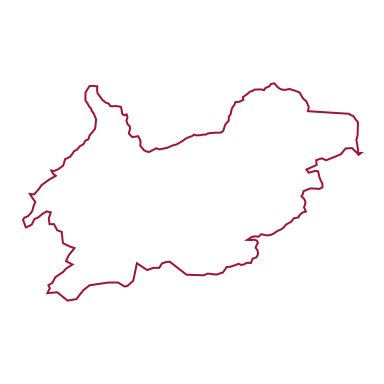 Iguaracy, Pernambuco, Brazil (Albers equal-area conic projection)
{"feature_id": "56859067B60257511130635", "entity_name": "Iguaracy", "entity_type": "district", "adm_level": 2, "iso_a3": "BRA", "parent_name": "Brazil", "parent_adm1": "Pernambuco", "projection": "albers", "projection_center": [-37.408, -7.849], "detail": "fine", "context": "isolated", "style": "outline", "palette": "rose", "viewbox_px": 384, "rotation_deg": 0, "n_neighbors": 0, "source": "geoboundaries", "source_scale": "gbopen_adm2", "svg_char_len": 3090}
<svg xmlns="http://www.w3.org/2000/svg" viewBox="0 0 384 384"><path d="M357.2,153.1L358.2,150.5L356.4,139.8L357.6,135.2L358.0,122.4L355.0,118.5L353.2,115.9L350.9,115.2L349.1,113.8L307.9,111.2L308.8,107.0L306.4,101.5L303.0,98.4L299.5,92.4L295.2,90.8L289.5,89.0L284.9,89.9L281.5,89.5L279.3,88.4L277.2,86.7L274.5,83.4L271.0,84.0L269.4,86.3L265.4,88.0L264.0,90.1L260.9,89.4L254.4,89.6L252.5,91.0L250.1,91.5L247.2,94.1L242.9,97.1L243.3,99.8L239.3,101.8L235.4,102.1L234.2,105.2L232.7,106.9L231.5,109.7L231.1,111.9L230.5,114.4L228.8,116.7L228.7,120.7L225.5,124.2L224.3,127.5L223.3,130.8L220.7,132.7L214.7,132.7L208.4,133.3L205.6,134.6L202.9,134.6L200.6,135.2L196.4,135.4L194.1,134.6L191.7,136.3L188.8,137.2L185.9,138.5L182.7,140.9L178.9,143.1L176.4,144.5L173.8,145.0L167.2,147.8L159.6,149.4L156.3,148.3L149.4,151.9L146.7,151.6L144.1,150.3L140.2,145.5L140.6,141.8L139.5,138.7L138.2,136.2L132.3,137.1L128.8,133.5L130.0,129.0L129.8,126.3L127.6,124.2L126.4,120.8L127.5,117.3L126.6,114.4L124.1,115.3L122.3,114.0L121.6,109.9L120.9,106.9L116.5,106.0L113.0,106.3L110.4,106.1L108.6,103.6L105.6,102.5L102.2,99.7L100.7,97.5L97.5,93.2L97.1,89.9L97.3,86.4L92.7,85.8L89.4,86.2L85.6,92.3L85.4,97.3L85.5,100.7L87.4,103.2L89.0,106.3L91.4,109.1L91.9,111.3L93.6,113.2L96.1,119.3L95.7,123.5L95.4,126.7L94.9,129.0L89.5,135.6L88.4,139.3L85.4,140.6L83.2,144.5L80.2,145.9L78.4,148.0L76.9,149.7L74.0,151.2L72.4,153.9L69.9,156.9L65.1,159.2L63.2,165.6L58.3,169.2L54.2,171.0L51.4,170.5L52.9,173.6L55.8,175.8L48.9,179.8L41.5,185.2L40.3,187.0L37.9,190.2L34.1,194.4L29.9,193.9L32.8,198.5L35.3,201.9L33.4,206.7L32.4,210.6L31.1,212.8L28.2,216.0L24.3,217.8L23.0,219.7L25.8,227.4L29.0,226.1L31.8,224.5L34.5,219.0L37.9,217.6L42.7,213.8L46.7,211.4L50.8,212.4L48.8,218.3L49.5,224.1L54.0,224.1L56.0,228.0L57.2,230.2L61.8,232.0L62.6,240.7L63.2,243.3L69.4,246.3L74.5,248.1L68.7,255.3L66.0,261.1L72.5,264.5L65.7,268.9L63.3,271.8L55.2,277.3L52.5,282.8L48.4,285.2L49.8,288.2L47.4,293.1L57.3,292.3L67.5,300.6L76.4,299.1L83.2,290.3L89.6,285.3L108.4,282.5L118.0,282.5L124.6,286.5L127.5,285.9L133.2,280.7L134.9,273.0L136.9,263.2L147.2,270.1L153.3,267.9L159.2,267.9L161.9,263.5L165.9,262.1L169.7,261.7L175.4,266.1L178.5,268.5L186.5,274.7L203.5,275.3L207.9,273.6L216.4,274.6L222.9,272.5L226.7,267.1L230.6,266.7L235.0,265.2L238.7,263.8L241.2,265.0L244.2,264.3L247.0,262.7L250.9,263.0L252.6,258.7L256.4,257.3L258.1,254.1L257.5,250.1L255.6,247.8L256.5,245.4L258.0,242.9L256.8,240.6L254.1,239.7L250.4,240.1L247.2,239.9L252.2,236.7L255.9,236.4L258.3,236.8L261.3,234.2L267.2,235.5L271.0,234.8L274.0,233.4L277.3,231.0L281.2,229.4L283.5,227.6L285.9,224.7L291.4,221.6L293.6,218.4L298.5,217.4L299.5,215.1L302.4,212.6L305.9,211.6L304.0,207.3L305.1,204.4L305.5,201.9L304.2,199.0L301.5,196.3L302.8,194.1L303.6,191.1L310.4,188.4L317.0,188.7L319.1,189.0L322.5,187.4L322.3,183.6L320.5,180.0L319.3,176.8L318.1,171.3L315.3,170.9L308.8,172.7L306.4,169.5L316.6,165.0L316.2,160.2L321.9,158.3L326.1,160.3L340.8,154.3L345.6,148.5L348.2,148.3L352.0,148.1L357.2,153.1ZM361.0,153.0L357.2,153.1L358.5,154.9L361.0,153.0Z" fill="none" stroke="#9f1239" stroke-width="2"/></svg>